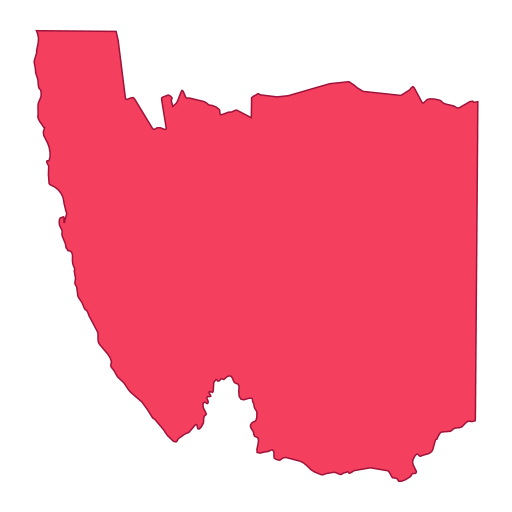 Karas, Equal Earth projection
{"feature_id": "NAM-3338", "entity_name": "Karas", "entity_type": "Region", "adm_level": 1, "iso_a3": "NAM", "parent_name": "Namibia", "parent_adm1": "", "projection": "equal_earth", "projection_center": [17.311, -26.98], "detail": "fine", "context": "isolated", "style": "filled", "palette": "rose", "viewbox_px": 512, "rotation_deg": 0, "n_neighbors": 0, "source": "natural_earth", "source_scale": "10m", "svg_char_len": 5912}
<svg xmlns="http://www.w3.org/2000/svg" viewBox="0 0 512 512"><path d="M243.7,399.8L241.0,399.2L239.2,396.5L238.7,391.2L239.0,388.7L239.0,386.1L238.2,384.2L236.1,383.4L234.4,382.5L233.3,380.4L232.4,378.1L231.2,376.4L230.2,376.0L229.4,375.9L227.7,376.4L226.7,377.0L223.9,379.5L221.6,378.8L220.7,379.1L219.5,380.7L218.4,381.1L217.6,381.0L216.7,379.7L216.1,379.5L215.6,380.0L214.1,382.0L213.8,382.3L213.2,391.2L212.6,392.4L212.2,392.3L211.8,391.9L210.4,392.0L210.0,391.6L209.7,391.5L209.1,391.9L209.0,392.6L209.2,393.2L210.7,395.5L210.7,396.3L209.4,396.7L207.6,396.6L207.2,397.1L206.8,398.1L207.1,398.9L207.7,400.1L208.2,401.4L208.1,402.8L207.3,403.6L206.4,403.2L205.6,402.5L204.8,402.1L203.3,402.9L203.0,405.0L203.3,407.3L203.9,409.0L205.7,412.3L206.3,414.3L205.4,415.3L204.2,416.2L203.7,418.5L203.6,421.1L203.4,423.0L202.5,424.9L201.0,427.3L199.3,429.0L197.9,428.8L197.5,427.8L197.3,426.3L196.9,425.1L196.2,424.5L195.3,424.9L188.9,432.4L185.7,433.6L183.3,435.1L181.1,436.8L179.6,437.7L178.0,439.1L177.2,440.8L176.1,441.9L173.9,441.5L172.9,440.8L167.7,435.8L165.1,432.2L163.8,430.0L154.7,419.2L153.2,418.4L152.5,417.7L147.4,409.5L141.9,402.0L130.7,392.3L128.4,389.6L124.0,383.0L117.9,377.2L116.8,375.7L114.1,370.7L111.3,367.2L110.9,366.4L110.8,365.1L111.3,362.8L111.4,361.7L110.3,358.2L108.0,354.4L99.5,344.3L98.4,342.3L98.0,339.6L98.0,333.7L97.8,332.8L97.3,331.4L89.0,315.8L87.7,312.2L86.6,310.4L85.2,309.6L84.5,308.6L82.0,302.7L78.4,297.3L77.9,296.1L76.7,287.1L76.2,286.0L75.6,285.1L75.1,284.2L74.9,282.8L75.5,278.1L74.2,270.8L74.8,269.1L73.1,264.9L72.6,262.7L72.4,260.2L72.5,255.5L72.0,253.2L70.6,251.2L70.0,250.9L68.4,250.8L67.7,250.4L67.5,249.9L66.9,248.7L66.3,247.7L66.0,247.7L65.7,245.2L65.1,243.0L62.3,236.2L61.9,234.2L62.2,231.2L61.3,228.9L60.1,226.6L59.4,224.7L59.2,222.0L59.4,219.8L60.1,218.1L61.3,217.5L62.2,217.3L63.1,216.9L63.7,216.9L64.0,218.0L64.0,222.4L64.6,222.4L64.9,220.1L66.6,214.1L66.6,212.9L66.0,211.4L64.3,204.5L63.1,197.6L61.1,193.4L58.2,189.8L55.0,187.2L49.9,184.6L49.1,183.6L48.4,174.7L48.7,166.0L47.0,162.9L46.7,162.1L47.0,160.8L47.5,160.7L48.2,161.0L49.0,160.6L50.1,156.9L50.0,152.0L49.1,147.1L47.7,143.3L43.8,135.6L43.3,131.9L44.7,127.6L44.0,127.6L39.6,121.3L38.1,118.3L37.9,116.9L37.9,115.9L38.1,114.4L38.0,105.3L38.4,102.9L40.9,97.0L41.1,95.1L41.1,92.5L40.7,90.2L38.8,87.9L38.3,85.0L37.9,79.8L35.7,72.8L35.2,67.4L34.3,63.2L34.2,60.9L36.8,52.3L36.5,51.0L38.2,42.8L38.5,38.1L37.6,33.7L36.4,30.7L36.6,30.7L116.1,31.4L118.2,40.7L125.3,97.2L125.5,98.4L125.9,99.3L126.7,99.4L127.7,99.2L130.9,97.9L132.0,97.7L133.1,97.6L134.1,98.4L135.0,99.6L152.3,128.1L153.5,129.3L154.6,129.2L155.7,128.7L156.8,127.9L158.5,127.7L160.6,127.8L164.5,129.4L165.7,129.3L166.3,128.6L161.7,100.1L161.6,99.0L161.7,97.9L162.4,97.3L163.3,96.9L167.6,95.2L168.7,95.1L169.7,95.6L170.6,96.3L171.4,97.1L172.0,97.9L172.1,98.4L171.7,99.2L171.4,100.0L171.4,101.1L172.7,106.4L176.3,103.3L177.6,100.9L180.9,92.4L181.9,90.4L182.6,90.7L183.4,91.7L185.4,96.5L186.1,97.7L186.8,98.1L187.9,98.1L189.4,98.0L204.5,101.7L205.1,102.2L206.6,103.0L208.7,104.9L212.4,105.5L216.2,107.1L218.6,108.9L219.5,109.9L219.8,111.3L219.9,112.8L220.1,114.0L220.7,114.7L222.3,114.5L228.7,112.1L231.3,112.1L235.8,110.1L237.1,110.3L251.3,117.7L251.6,97.7L253.5,96.2L255.9,95.0L257.4,94.0L258.1,93.7L258.6,93.8L259.5,94.4L260.7,94.9L277.1,96.9L288.3,95.7L329.7,83.7L348.9,81.7L354.7,85.5L356.6,87.4L363.1,91.4L400.5,95.4L401.8,94.9L409.6,89.9L411.4,87.7L412.1,87.1L412.9,86.6L413.6,87.1L414.2,87.8L421.6,101.6L422.4,102.8L423.1,103.0L424.1,102.4L426.8,99.9L427.5,99.4L429.8,98.9L433.9,99.0L438.6,99.9L440.7,100.7L442.8,102.7L444.0,103.4L445.4,104.0L453.6,105.9L457.2,107.9L458.3,108.1L460.1,107.3L469.7,101.7L471.0,101.4L472.7,101.2L473.9,102.4L477.8,101.7L477.8,106.6L477.7,113.1L477.7,119.5L477.6,125.9L477.6,132.3L477.6,138.7L477.5,145.1L477.5,151.5L477.4,157.9L477.4,164.4L477.3,170.8L477.3,177.2L477.2,183.6L477.2,190.0L477.1,196.4L477.1,202.8L477.0,209.2L477.0,215.5L476.9,221.9L476.9,228.3L476.8,234.7L476.8,241.1L476.7,247.5L476.7,253.9L476.6,260.3L476.6,266.6L476.5,273.0L476.5,279.4L476.4,285.8L476.4,292.1L476.3,298.5L476.3,304.9L476.2,311.2L476.2,317.6L476.1,324.0L476.1,330.3L476.0,336.7L476.0,343.0L475.9,349.4L475.9,355.7L475.8,362.1L475.8,368.5L475.7,374.8L475.7,381.2L475.6,387.5L475.6,393.9L475.5,400.2L475.5,406.5L475.4,412.9L475.4,417.3L475.2,420.7L472.6,421.5L471.7,421.6L469.0,421.2L468.0,421.3L465.8,422.8L462.0,426.8L459.5,427.7L455.4,428.0L453.5,428.8L451.8,430.4L450.3,431.3L441.8,432.0L441.1,432.3L440.2,433.0L439.6,433.8L439.1,434.7L438.4,435.8L437.9,436.7L437.2,438.8L436.6,439.2L435.8,439.5L435.3,440.5L432.8,449.6L431.9,451.2L430.4,452.6L428.7,453.6L421.8,455.6L420.6,456.3L419.7,456.1L417.7,454.1L416.5,454.3L415.4,455.4L414.4,456.8L412.9,460.1L412.6,462.5L413.2,464.9L416.3,471.3L416.2,472.7L415.2,473.4L412.4,473.7L411.9,474.1L411.0,475.9L410.3,476.7L405.5,479.7L402.0,481.1L398.7,481.3L397.3,479.1L396.9,478.6L396.0,478.2L393.0,477.8L392.4,477.6L391.5,476.3L389.4,472.4L388.0,470.8L370.4,467.8L354.2,470.6L351.1,472.6L349.3,473.3L348.9,473.0L347.9,471.9L347.5,471.7L347.1,471.8L346.3,472.3L345.9,472.5L344.2,472.8L343.3,473.1L342.6,473.7L341.0,474.5L338.9,474.0L335.4,472.5L333.5,472.3L326.1,473.6L323.0,474.8L321.5,474.8L314.4,471.9L311.2,469.9L306.0,464.9L303.2,462.7L300.1,461.2L286.0,457.5L283.3,457.8L282.4,458.3L280.7,459.7L279.9,460.1L278.8,460.2L276.1,459.3L274.3,458.3L273.9,456.0L274.0,453.3L273.5,450.9L272.2,449.8L270.8,450.2L269.2,451.1L267.5,451.6L264.0,452.1L260.2,453.1L257.1,452.5L256.9,449.1L258.0,444.4L258.5,440.0L257.6,437.5L254.5,436.2L253.8,434.3L253.3,431.7L251.1,428.2L250.4,426.1L250.7,424.5L251.8,423.0L253.3,421.9L254.7,421.4L256.0,420.3L256.7,417.6L256.9,414.5L256.8,412.1L256.3,410.8L255.0,408.7L254.4,407.5L254.1,406.2L254.0,405.0L253.7,403.8L253.0,402.4L252.6,401.4L252.5,399.9L252.2,398.7L251.2,398.1L249.0,398.3L243.7,399.8Z" fill="#f43f5e" stroke="#9f1239" stroke-width="1.5"/></svg>